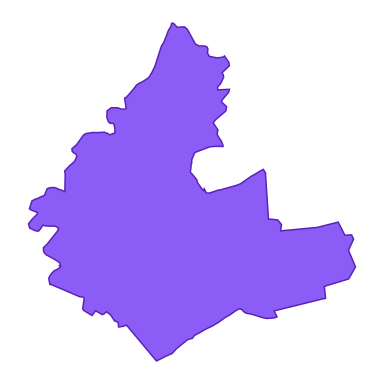 the district of Abu Hammad, Ash Sharqiyah, Egypt
{"feature_id": "37247803B30253280006981", "entity_name": "Abu Hammad", "entity_type": "district", "adm_level": 2, "iso_a3": "EGY", "parent_name": "Egypt", "parent_adm1": "Ash Sharqiyah", "projection": "mercator", "projection_center": [31.677, 30.543], "detail": "fine", "context": "isolated", "style": "filled", "palette": "violet", "viewbox_px": 384, "rotation_deg": 0, "n_neighbors": 0, "source": "geoboundaries", "source_scale": "gbopen_adm2", "svg_char_len": 3455}
<svg xmlns="http://www.w3.org/2000/svg" viewBox="0 0 384 384"><path d="M207.3,47.6L206.7,46.7L204.3,46.0L199.7,45.9L199.0,45.9L195.4,44.0L187.4,29.4L185.8,28.0L184.5,26.9L183.3,26.9L177.3,27.3L173.8,23.6L172.0,23.0L171.4,24.2L170.8,26.6L168.3,30.7L165.1,39.1L163.9,42.1L161.4,46.2L160.4,49.2L155.0,66.0L154.4,67.4L152.5,71.3L149.4,76.7L147.6,78.4L142.2,81.9L138.6,83.6L136.4,85.2L136.3,85.3L133.7,88.9L126.4,97.2L124.6,98.1L125.7,105.5L126.1,108.6L124.3,109.2L121.4,109.1L117.8,107.8L111.3,107.7L107.0,111.0L107.0,114.2L106.9,117.8L108.6,122.1L110.3,123.3L112.7,123.4L113.9,124.0L115.0,129.5L114.8,133.1L111.0,134.3L109.5,134.8L107.7,133.5L106.0,132.9L104.2,132.2L96.5,132.6L92.3,132.5L91.7,132.7L89.3,133.0L85.7,133.6L83.3,135.3L76.5,144.8L71.9,148.8L72.2,151.3L74.0,153.2L75.8,153.8L76.4,155.2L76.9,156.3L74.4,161.6L69.6,165.7L67.4,168.1L64.7,171.0L65.2,174.7L65.0,183.6L64.9,190.2L65.0,191.5L63.7,191.5L63.1,190.9L61.9,190.2L59.5,189.6L56.6,188.3L54.6,187.5L53.0,187.6L50.1,187.6L47.1,188.7L44.5,195.3L42.1,196.4L40.3,197.0L38.5,198.1L37.3,198.5L34.9,199.3L31.9,201.0L29.4,208.8L31.1,210.0L32.9,210.7L37.6,212.6L37.0,214.4L32.2,219.1L28.5,223.8L29.6,228.0L34.9,230.6L37.9,231.2L39.1,230.7L42.1,226.5L42.7,225.3L46.3,226.0L50.5,226.1L52.2,226.1L55.2,226.2L57.5,227.5L58.7,228.1L57.5,231.1L47.1,244.1L45.9,245.3L43.5,247.6L43.4,250.0L44.0,252.4L46.3,254.9L53.4,258.7L57.5,261.2L59.8,263.0L60.4,265.5L59.4,265.6L60.3,267.3L56.7,269.6L54.3,270.7L51.3,273.7L49.4,276.6L48.8,278.4L49.3,281.5L49.9,284.5L51.0,284.5L52.3,285.0L79.4,296.6L83.4,297.2L84.1,297.9L84.0,299.7L83.5,303.0L82.7,308.7L83.8,310.5L92.0,315.5L95.7,310.8L102.2,314.6L104.0,314.0L106.4,311.7L110.5,314.8L112.5,317.8L114.5,320.9L118.1,322.2L118.6,327.0L122.2,326.5L124.5,325.9L126.1,325.2L126.9,325.6L154.9,359.1L156.0,360.3L156.5,361.0L166.7,355.8L172.1,353.5L176.4,348.8L186.7,340.4L187.9,339.5L192.4,338.3L194.5,335.4L200.0,332.5L204.8,329.6L212.0,326.2L218.0,322.7L225.2,317.5L229.4,315.2L236.1,310.5L238.0,309.4L239.1,308.8L240.2,309.1L242.1,309.5L243.2,311.3L246.1,313.2L250.3,313.9L255.0,315.2L256.9,315.8L260.9,317.2L266.8,318.5L270.0,318.3L271.1,318.2L272.2,318.1L272.4,318.0L273.5,317.9L275.8,317.5L277.0,316.8L274.1,310.9L322.6,298.9L324.8,298.5L325.6,298.3L324.3,286.4L329.8,284.7L348.7,278.9L355.5,266.9L353.0,260.9L348.5,250.4L353.6,239.1L351.6,234.9L344.8,235.2L338.2,222.1L317.2,227.4L293.0,229.7L280.6,230.9L281.5,224.5L277.7,219.9L268.5,219.0L267.2,200.0L266.0,181.3L265.6,175.3L265.6,174.7L265.5,172.9L264.7,171.6L263.8,170.2L263.3,169.4L259.4,171.5L255.7,173.8L251.5,176.1L240.6,183.7L236.4,185.4L231.4,186.8L224.5,188.7L220.9,189.8L217.3,190.3L214.3,191.5L210.7,192.6L208.9,193.1L206.5,193.1L204.2,188.8L203.6,190.6L202.4,189.4L200.1,186.3L197.8,183.2L196.7,179.6L193.2,175.3L192.5,174.5L190.9,172.8L190.3,172.2L191.0,167.4L191.0,165.0L191.4,164.0L191.7,163.2L191.8,159.6L193.6,155.4L194.9,152.5L201.4,150.0L209.9,146.8L215.9,146.3L223.0,146.5L223.0,145.3L221.3,141.0L219.6,138.6L217.3,134.9L217.4,131.3L218.0,130.1L215.5,126.3L213.2,122.7L215.6,119.7L218.5,117.2L221.4,114.8L225.9,110.9L226.6,106.7L226.0,106.1L221.4,101.8L222.6,99.4L226.2,95.2L228.7,92.3L229.4,89.3L223.4,89.6L217.8,89.9L217.5,87.2L220.6,83.7L223.7,77.1L223.2,74.7L222.0,72.9L222.6,72.3L224.4,70.5L229.3,65.8L229.1,64.0L228.8,62.2L224.4,56.0L223.8,56.8L222.0,57.3L217.8,57.8L216.6,57.8L209.5,56.4L207.2,52.7L207.8,51.6L207.8,48.5L207.3,47.6Z" fill="#8b5cf6" stroke="#5b21b6" stroke-width="1.5"/></svg>